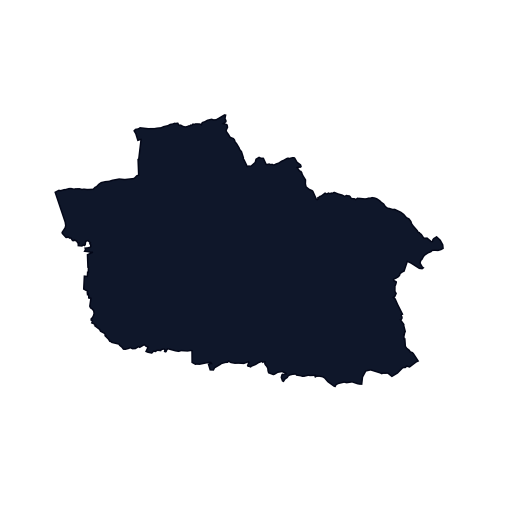 outline of Mihaesti, Arges, Romania, rotated 68°
{"feature_id": "2599482B87190754251208", "entity_name": "Mihaesti", "entity_type": "district", "adm_level": 2, "iso_a3": "ROU", "parent_name": "Romania", "parent_adm1": "Arges", "projection": "albers", "projection_center": [25.018, 45.129], "detail": "fine", "context": "isolated", "style": "filled", "palette": "ink", "viewbox_px": 512, "rotation_deg": 68, "n_neighbors": 0, "source": "geoboundaries", "source_scale": "gbopen_adm2", "svg_char_len": 6135}
<svg xmlns="http://www.w3.org/2000/svg" viewBox="0 0 512 512"><g transform="rotate(68 256 256)"><path d="M310.9,375.2L309.6,373.9L308.9,372.5L313.7,366.2L315.4,363.4L315.6,360.9L318.4,355.0L319.0,352.3L319.8,350.8L330.7,355.1L333.7,352.7L333.9,351.6L335.2,348.8L337.0,339.1L337.9,337.6L339.1,337.5L338.2,339.4L338.9,339.7L338.6,340.6L344.4,341.1L345.7,338.2L344.1,336.3L343.1,329.7L342.7,328.3L343.2,324.0L343.9,322.1L343.0,320.9L345.3,319.2L347.5,315.7L348.7,312.4L351.0,307.6L351.2,302.5L352.2,302.4L353.0,303.5L354.5,304.8L355.3,304.6L355.6,303.8L356.8,302.5L356.4,301.8L356.4,297.0L355.8,293.8L355.8,290.7L356.2,289.8L357.1,289.5L356.9,288.0L357.4,287.2L358.6,288.0L360.1,288.1L362.5,287.3L364.6,287.1L366.9,287.8L369.0,288.0L372.4,284.3L372.5,283.1L371.9,279.5L372.9,274.9L373.7,274.4L375.3,272.4L376.5,271.9L376.8,272.2L376.2,273.9L376.2,274.9L375.6,275.8L375.8,276.3L378.0,278.0L381.7,278.2L382.5,277.5L380.9,275.2L380.3,272.5L379.3,271.3L378.9,269.6L379.3,266.6L380.3,263.3L381.6,263.0L383.7,259.4L384.9,258.0L385.5,256.3L386.1,252.1L387.0,250.7L388.8,245.7L389.6,246.3L390.3,246.3L390.1,245.0L391.1,242.3L392.8,239.6L393.7,238.8L394.8,238.0L399.5,236.4L406.0,232.3L406.6,231.5L405.2,229.9L405.0,227.4L405.9,221.5L407.4,219.4L408.7,214.0L412.4,209.7L413.5,208.0L414.4,206.0L408.1,202.6L403.7,197.3L404.5,192.4L410.8,184.7L412.2,183.4L412.1,182.5L414.0,177.6L418.5,175.1L417.5,168.7L414.5,161.8L415.3,159.1L414.4,157.7L416.4,155.2L414.2,147.2L414.1,145.0L405.5,146.7L404.2,147.2L402.7,148.9L400.7,149.3L398.0,150.9L395.7,151.4L388.7,149.1L388.5,149.8L384.6,148.6L384.8,148.2L382.3,146.6L382.2,146.1L381.8,145.9L375.9,145.1L374.8,144.6L369.3,146.0L369.2,145.1L368.5,144.1L367.3,143.5L366.0,143.8L364.9,143.3L364.8,142.0L354.2,142.9L347.9,143.1L345.8,144.2L345.6,142.6L343.2,140.1L340.9,140.5L335.8,138.4L335.1,137.5L333.1,135.9L332.4,135.7L331.0,136.9L331.0,137.3L329.3,137.4L329.0,136.9L328.9,134.1L328.5,131.8L327.7,130.2L326.2,129.0L325.5,125.9L325.5,124.4L317.6,117.7L320.5,115.0L328.6,109.2L330.0,106.7L329.6,105.3L328.5,106.0L324.1,106.6L323.5,106.2L321.8,104.9L321.3,103.5L319.3,101.1L318.4,99.5L317.5,95.5L317.5,92.2L316.8,90.6L317.6,88.1L319.0,85.2L319.3,82.2L319.0,79.7L315.6,78.7L310.4,79.3L305.9,81.4L306.5,84.7L307.2,85.9L308.3,86.5L308.6,87.4L308.2,88.2L303.5,90.7L302.7,93.1L301.8,93.9L297.9,94.7L296.5,95.6L295.6,95.8L294.6,96.9L293.0,97.0L286.9,99.1L284.4,99.7L282.1,99.5L278.9,100.3L276.8,102.2L272.8,103.5L269.7,105.4L264.8,109.9L264.0,112.0L261.8,114.7L261.1,116.1L258.6,117.6L255.6,118.2L253.1,119.8L251.2,120.6L248.2,122.6L246.7,124.3L245.4,126.5L245.3,128.1L244.5,130.2L244.5,131.5L244.0,133.5L241.3,138.6L241.2,139.1L240.5,140.2L241.1,142.4L239.9,143.2L238.5,146.1L236.0,146.6L235.1,147.2L234.7,148.3L233.8,149.4L234.0,151.5L231.8,153.3L229.2,156.7L226.4,159.6L226.3,160.7L226.6,161.3L226.6,162.1L226.0,162.4L225.8,164.3L224.8,165.3L225.1,166.8L224.9,167.4L223.6,168.4L224.9,173.1L224.7,174.4L225.2,175.6L225.1,176.7L225.4,177.0L226.2,176.8L226.6,177.3L226.7,178.2L226.1,178.8L217.3,179.1L216.3,179.6L214.1,181.8L210.7,183.7L207.6,183.2L204.0,181.6L199.5,182.4L197.2,182.6L196.2,182.4L194.4,182.7L193.5,183.8L189.4,184.7L189.8,182.3L190.2,182.0L190.2,181.2L189.9,180.7L188.2,180.6L184.4,182.9L179.8,183.5L179.1,184.0L178.6,185.2L178.1,188.7L177.9,189.5L177.3,189.6L177.2,191.0L177.7,194.4L177.7,196.7L178.4,200.0L178.2,202.9L178.4,204.6L178.1,205.9L177.2,206.6L176.6,208.5L175.7,209.3L175.3,211.6L174.8,212.3L168.2,212.6L167.2,214.9L165.7,216.2L166.3,219.7L169.0,221.7L170.9,227.0L169.9,229.1L169.8,230.6L162.2,231.1L161.4,231.5L160.2,230.9L153.8,230.4L151.0,231.3L149.5,231.2L144.4,232.0L142.4,232.7L140.3,232.5L138.7,233.0L136.8,235.0L135.7,235.7L133.1,236.0L130.0,236.8L128.3,236.7L126.0,234.2L124.1,233.8L123.5,233.8L122.8,234.4L121.0,236.8L120.2,233.6L119.3,233.2L116.9,233.3L114.0,231.4L113.4,232.3L114.8,241.8L114.0,244.3L112.6,246.0L112.0,250.2L112.4,253.4L112.2,255.3L112.4,256.1L113.9,257.5L112.7,258.5L111.8,260.4L110.9,262.6L110.9,263.9L110.1,265.1L110.8,266.7L110.2,267.6L110.6,268.6L110.2,269.8L110.3,271.1L109.9,273.3L108.5,275.2L106.5,276.8L106.0,278.1L105.5,278.6L103.6,278.8L103.0,281.0L102.5,281.8L102.5,283.7L101.9,286.2L102.2,288.8L101.5,293.2L101.6,296.0L100.5,299.7L99.9,302.5L97.6,308.3L93.7,315.5L94.0,316.4L94.0,318.0L93.5,320.3L94.3,322.1L97.6,321.6L104.5,322.2L104.6,319.9L104.9,318.9L122.6,328.6L122.4,329.2L137.1,334.5L137.0,336.5L138.2,339.2L138.4,340.4L136.0,349.0L133.4,354.0L132.0,360.9L131.8,364.1L130.7,367.7L130.0,372.0L130.6,374.7L132.0,377.9L132.1,379.6L133.2,381.9L131.2,387.6L129.6,390.5L129.1,392.5L127.5,394.6L126.0,398.7L126.1,399.5L124.2,402.2L123.5,404.1L123.1,407.9L122.7,408.8L122.3,412.6L121.3,414.2L121.7,418.3L153.1,420.2L156.5,421.0L158.4,422.4L161.5,426.9L162.5,427.1L167.6,425.2L168.0,424.3L168.0,422.9L169.5,422.2L170.1,420.8L172.9,420.3L173.4,419.5L173.0,418.3L173.6,417.8L174.0,417.9L174.5,416.8L177.1,416.3L177.5,415.6L177.4,415.2L177.7,415.2L177.9,415.4L177.7,416.1L179.8,416.9L181.5,413.6L181.2,412.9L181.3,412.3L180.9,411.9L181.5,411.2L181.9,411.1L181.6,410.2L178.6,408.4L178.8,406.0L181.7,404.6L182.4,405.5L183.1,405.1L183.9,405.1L185.4,405.7L185.8,406.2L185.5,408.9L184.7,411.5L186.3,411.7L187.4,413.1L188.9,410.3L190.4,408.2L191.4,405.8L191.7,411.8L203.4,416.0L203.6,415.5L208.3,417.6L208.0,418.2L211.8,420.0L210.4,422.7L222.1,428.1L225.4,425.4L226.0,425.3L226.6,426.1L228.5,426.6L228.3,425.8L230.9,426.2L232.2,426.8L232.5,426.6L233.1,424.9L233.4,424.9L240.3,428.9L242.1,428.8L243.9,427.6L246.1,427.0L248.6,427.6L250.3,428.9L251.9,430.7L252.4,432.2L253.6,432.9L254.8,432.0L255.4,432.2L256.5,433.3L257.7,432.0L260.1,430.4L260.4,431.5L265.4,428.5L267.5,428.3L270.9,425.5L273.6,425.0L273.6,425.7L277.8,423.9L280.3,423.5L281.1,422.5L282.1,422.0L286.4,416.0L287.6,415.9L290.4,414.4L292.7,413.8L293.5,412.1L294.0,408.3L293.6,407.2L295.7,405.2L296.6,402.6L296.0,398.9L297.1,398.0L296.3,392.8L298.4,391.8L300.1,390.2L303.3,393.7L304.6,392.4L306.9,389.0L305.8,386.6L306.9,384.9L306.4,383.5L306.6,382.4L308.0,379.8L307.3,378.8L307.6,376.3L308.9,375.5L310.2,376.5L310.9,375.9L310.9,375.2Z" fill="#0f172a" stroke="#020617" stroke-width="1.5"/></g></svg>